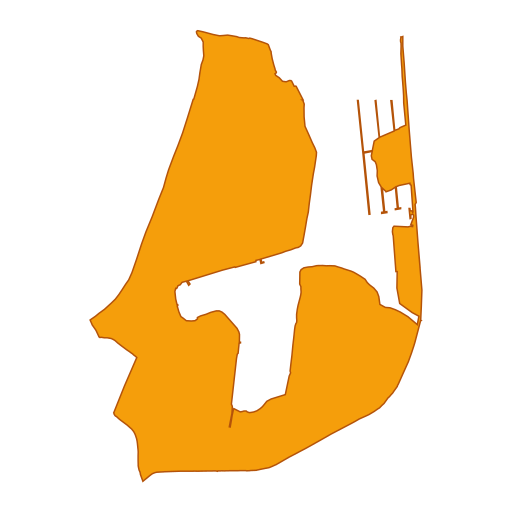 Rodney Bay, Gros Islet, Saint Lucia
{"feature_id": "8701671B61329229942409", "entity_name": "Rodney Bay", "entity_type": "district", "adm_level": 2, "iso_a3": "LCA", "parent_name": "Saint Lucia", "parent_adm1": "Gros Islet", "projection": "equal_earth", "projection_center": [-60.952, 14.073], "detail": "fine", "context": "isolated", "style": "filled", "palette": "amber", "viewbox_px": 512, "rotation_deg": 0, "n_neighbors": 0, "source": "geoboundaries", "source_scale": "gbopen_adm2", "svg_char_len": 6045}
<svg xmlns="http://www.w3.org/2000/svg" viewBox="0 0 512 512"><path d="M402.8,36.5L401.3,37.0L400.8,37.0L400.9,37.5L400.5,40.0L400.6,41.9L401.0,42.9L401.1,46.2L400.9,53.7L401.6,65.0L401.9,68.6L402.2,76.5L402.7,82.3L403.3,90.5L403.6,95.9L403.7,102.9L405.8,125.1L400.0,127.6L398.8,128.9L394.7,130.4L391.9,100.7L390.9,100.7L392.1,111.7L394.2,131.0L379.5,137.3L375.9,100.5L375.2,100.7L379.2,137.6L374.2,141.1L372.3,150.6L363.5,152.1L358.2,100.5L357.5,100.5L362.9,152.9L369.0,214.3L369.9,214.2L363.8,153.1L372.2,151.4L371.3,155.8L372.1,159.4L375.2,161.7L376.4,164.7L377.3,170.6L377.1,176.0L378.6,182.6L381.1,186.8L383.8,212.0L381.7,212.3L381.7,213.4L386.9,212.6L386.8,211.6L384.7,212.0L382.3,188.1L385.8,191.3L386.0,191.8L391.3,189.9L395.4,187.1L397.4,208.4L395.3,208.9L395.4,209.6L400.6,208.7L400.6,207.9L398.3,208.2L396.2,186.7L399.1,185.5L409.9,183.2L410.1,184.6L411.1,185.2L413.0,212.1L412.6,212.3L412.2,210.9L410.2,210.8L409.9,208.5L409.1,208.5L410.1,218.6L410.9,218.4L410.7,215.0L412.9,214.1L413.6,215.3L413.6,217.2L410.8,224.7L412.8,225.3L412.6,226.6L410.4,226.3L408.0,226.9L394.0,226.2L392.8,227.8L392.4,231.7L392.8,234.4L393.2,235.7L395.9,271.6L397.2,271.6L396.9,288.0L399.7,303.5L412.2,312.6L418.9,316.2L417.3,324.6L407.9,316.7L400.2,312.0L395.3,309.7L390.1,307.8L385.3,307.4L379.9,304.4L378.8,296.6L377.1,292.0L373.8,288.1L369.5,284.8L367.2,282.5L365.1,279.3L360.3,276.1L356.6,273.9L353.6,272.2L351.0,271.1L344.0,268.9L341.7,268.0L337.9,266.9L334.9,265.9L330.0,265.7L326.5,265.8L322.6,265.5L317.1,265.6L315.6,265.9L312.2,266.7L308.2,267.0L303.9,267.8L301.1,269.6L299.9,272.0L299.7,284.0L300.9,286.7L300.9,288.9L301.1,292.1L300.8,294.6L300.2,297.3L298.1,305.2L297.3,309.2L296.6,314.3L296.6,318.0L296.8,320.3L296.6,322.5L295.8,323.8L295.1,326.0L294.6,329.5L293.8,337.4L292.9,345.1L291.9,355.7L290.9,363.9L290.1,371.0L290.6,372.9L289.2,376.0L285.3,394.6L271.1,399.0L266.8,401.3L264.1,404.7L262.4,406.7L260.1,408.7L256.9,410.8L253.6,412.0L250.5,412.5L249.3,412.6L247.2,411.9L246.2,411.0L244.0,411.0L242.4,411.5L240.3,411.9L233.8,408.6L233.2,410.5L232.1,415.6L231.3,420.7L230.2,427.0L229.3,426.8L231.9,413.5L232.2,409.4L232.3,406.3L231.4,404.1L236.5,358.5L237.2,354.5L237.6,353.7L238.1,353.3L239.1,343.2L240.5,342.9L240.5,342.2L239.4,342.0L239.5,334.5L238.9,332.0L237.0,328.3L224.8,314.4L222.0,312.1L219.3,310.9L216.2,310.9L210.9,312.3L206.0,314.3L200.6,315.9L197.4,317.5L197.5,318.9L195.0,320.7L191.2,321.0L186.3,320.7L183.2,318.2L180.9,316.6L178.9,311.9L177.2,306.0L177.8,305.5L177.7,304.6L177.0,304.5L175.7,299.0L174.9,291.5L175.7,288.3L176.6,288.5L177.1,287.8L177.9,285.8L179.1,285.2L180.2,284.8L182.1,282.3L186.4,281.2L188.7,285.3L190.0,284.0L187.9,280.8L200.6,276.9L222.6,270.1L234.8,266.9L235.2,267.4L255.9,261.7L255.9,260.4L260.0,259.4L260.9,263.5L263.9,262.6L263.7,261.9L261.7,262.5L261.0,259.0L273.2,255.4L281.8,252.8L285.6,251.3L290.8,249.8L295.7,247.9L298.3,247.4L300.7,245.9L302.6,243.0L304.1,234.9L305.6,226.4L306.9,218.5L308.3,212.1L309.3,203.1L310.4,195.2L311.6,185.3L313.3,174.0L314.6,167.1L316.3,155.7L316.5,152.3L314.8,147.8L312.2,142.5L308.4,133.8L305.0,126.3L304.1,116.9L304.0,107.7L304.2,104.1L303.2,101.3L302.8,100.2L302.4,100.0L303.1,99.9L296.2,86.4L295.8,86.1L294.2,86.3L291.7,81.2L291.0,80.6L289.4,80.5L286.2,81.8L282.5,81.3L279.2,77.7L275.7,75.4L275.0,73.7L276.2,72.9L276.4,72.1L275.2,70.0L275.0,68.8L273.8,65.0L272.2,58.8L271.2,53.3L271.1,51.7L270.3,50.1L268.3,44.7L267.2,43.9L262.6,42.2L252.1,38.7L249.7,38.1L248.8,38.5L245.7,37.8L244.0,37.9L239.2,37.5L236.6,36.6L231.5,35.7L227.6,35.1L223.4,35.5L219.5,35.8L213.1,34.5L206.4,32.7L203.0,31.8L198.4,30.8L197.3,30.7L196.4,31.8L196.8,33.6L198.4,36.3L201.2,38.1L203.2,42.0L203.2,46.4L203.4,50.5L203.8,55.8L203.0,59.9L201.3,64.5L199.9,72.7L199.0,79.3L197.4,86.4L195.2,94.2L193.8,99.1L193.2,99.3L187.4,118.0L182.6,133.0L178.0,145.4L173.6,156.4L168.6,169.8L166.2,177.6L163.5,187.5L158.8,199.2L152.2,216.7L145.9,232.0L141.5,244.2L136.6,259.2L132.0,272.5L128.7,279.9L125.6,284.3L121.8,290.2L118.7,294.8L115.3,299.2L111.3,303.1L104.4,309.4L98.9,313.4L95.4,316.3L91.2,319.2L90.1,320.0L91.9,324.1L92.2,324.9L95.7,329.9L96.2,330.8L98.8,336.4L99.0,336.9L99.9,337.5L100.4,337.4L101.4,337.3L104.4,337.8L107.3,337.8L111.2,338.5L113.3,339.5L115.1,340.6L118.0,343.2L121.9,346.2L126.7,349.8L129.1,351.4L131.4,353.1L132.5,353.8L133.6,354.9L135.2,356.1L136.5,357.2L136.8,357.5L124.5,385.9L113.7,412.9L114.0,413.3L114.1,414.1L114.4,414.6L115.1,415.7L115.9,416.3L116.3,416.4L119.0,418.9L120.5,420.1L127.2,425.1L130.1,427.7L131.7,429.1L133.7,431.6L134.6,433.3L135.3,434.8L136.6,438.7L137.1,441.1L137.4,443.3L138.1,450.3L138.2,452.0L138.1,455.8L138.1,458.5L138.1,460.5L138.2,464.1L138.2,465.8L138.5,467.5L139.1,470.1L140.0,472.1L140.2,473.1L140.4,473.9L140.4,474.4L142.9,481.3L149.8,475.6L151.1,474.6L152.4,473.7L153.3,473.3L155.1,472.6L156.9,472.2L160.4,472.0L164.2,471.8L164.6,471.7L166.0,471.7L180.0,471.2L183.8,471.2L193.3,471.2L193.6,471.1L197.5,471.2L201.7,471.1L208.0,471.0L208.8,471.0L212.4,471.0L212.9,470.9L215.5,470.9L217.6,471.3L217.9,470.9L220.6,470.9L221.4,470.8L225.1,470.9L225.5,470.8L228.5,470.8L229.2,470.7L238.1,470.7L240.0,470.6L242.3,470.6L243.2,470.6L244.6,470.6L245.8,470.6L246.4,470.8L249.3,470.7L250.8,470.5L256.2,470.3L257.3,470.0L258.9,469.7L259.6,469.5L265.1,468.4L265.9,468.2L266.4,468.2L267.0,468.0L267.4,468.0L269.2,467.6L272.1,466.4L275.4,464.9L275.8,464.8L289.3,457.0L290.9,456.2L299.4,451.7L305.7,448.4L320.7,440.0L331.0,434.1L351.4,423.4L354.9,421.5L359.4,418.9L365.9,416.0L368.9,414.6L374.1,411.5L377.8,408.9L379.5,407.9L381.9,405.4L384.0,403.5L388.0,397.9L389.4,396.7L391.0,394.8L392.7,393.0L393.8,391.3L397.3,386.4L397.5,385.5L398.3,384.1L403.3,372.9L407.0,364.7L408.4,361.6L409.4,358.8L411.5,353.0L413.8,346.0L414.9,342.4L420.6,320.7L421.2,320.5L420.7,320.0L421.3,307.0L421.8,293.0L421.9,290.1L418.6,250.7L420.1,267.9L417.9,241.8L415.9,215.1L415.4,207.2L415.1,204.5L416.2,202.5L413.5,178.2L413.2,173.6L411.4,157.1L409.1,128.8L407.1,100.6L406.3,92.8L405.4,82.0L404.2,63.5L402.8,46.1L402.8,36.5Z" fill="#f59e0b" stroke="#b45309" stroke-width="1.5"/></svg>